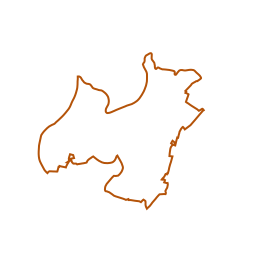 outline of Duy Tien, Hà Nam, Vietnam, rotated 221°
{"feature_id": "81297802B7902592700170", "entity_name": "Duy Tien", "entity_type": "district", "adm_level": 2, "iso_a3": "VNM", "parent_name": "Vietnam", "parent_adm1": "Hà Nam", "projection": "natural_earth1", "projection_center": [105.971, 20.625], "detail": "fine", "context": "isolated", "style": "outline", "palette": "amber", "viewbox_px": 256, "rotation_deg": 221, "n_neighbors": 0, "source": "geoboundaries", "source_scale": "gbopen_adm2", "svg_char_len": 5824}
<svg xmlns="http://www.w3.org/2000/svg" viewBox="0 0 256 256"><g transform="rotate(221 128 128)"><path d="M158.5,185.8L156.0,184.4L152.0,182.9L151.0,182.5L150.0,181.9L149.5,181.5L149.2,181.3L147.6,179.5L145.7,177.3L144.2,175.4L143.4,174.0L142.2,171.8L140.8,168.1L140.1,165.9L139.3,162.0L139.2,161.1L139.0,159.6L138.8,157.6L138.9,155.0L139.1,153.9L139.4,152.7L139.9,150.9L140.4,149.7L140.8,148.6L143.5,144.2L144.3,142.5L147.4,136.5L148.7,133.9L149.7,131.7L150.2,130.7L150.6,129.8L151.6,127.9L152.3,126.9L153.3,125.8L153.6,125.6L153.9,125.5L154.4,125.5L154.7,125.5L155.4,125.7L155.8,126.1L156.3,126.6L157.1,127.8L157.4,128.7L158.0,131.3L158.2,132.4L158.6,133.4L159.3,134.6L160.1,135.7L160.7,136.3L161.6,137.1L163.0,138.1L163.9,138.6L164.7,138.8L166.1,139.2L167.7,139.4L168.8,139.4L171.0,139.3L172.1,139.1L172.5,139.0L173.1,138.7L174.1,138.0L175.3,137.3L175.7,137.2L177.1,136.6L179.2,135.6L179.9,135.4L180.3,135.3L180.7,135.2L181.1,135.2L181.4,135.3L182.2,135.5L183.0,135.7L184.6,136.0L185.1,136.0L185.6,135.9L186.0,135.7L186.5,135.5L187.8,134.6L188.5,134.2L190.7,133.7L191.2,133.7L192.6,134.0L193.6,134.1L194.4,134.3L194.9,134.5L196.7,135.1L197.2,135.1L197.6,135.1L198.0,135.0L198.4,134.9L198.7,134.8L199.2,134.4L199.7,133.9L198.1,132.1L196.7,130.2L194.7,127.8L193.2,125.8L192.5,124.8L191.7,123.3L190.4,120.6L189.5,118.5L188.8,116.5L188.3,114.8L187.7,112.2L187.1,110.1L186.3,107.8L185.7,105.8L185.4,104.1L185.3,103.4L185.2,101.2L185.1,98.2L185.1,95.6L185.2,93.4L185.7,88.1L186.1,85.2L186.2,83.3L186.4,82.6L186.8,81.7L187.3,80.7L187.5,80.2L188.1,78.6L188.3,78.0L188.5,77.5L188.7,76.2L188.9,75.3L189.1,72.6L189.2,70.2L189.1,68.3L188.9,66.7L188.9,66.2L188.7,65.7L188.3,64.7L187.5,63.3L185.2,59.1L184.4,57.7L183.5,56.2L182.4,54.8L180.4,52.2L179.5,51.1L178.4,49.8L176.6,48.0L175.2,46.8L174.1,46.0L172.4,45.0L169.8,43.9L167.7,43.1L164.8,42.0L163.7,41.6L162.9,41.4L160.5,41.1L159.2,41.1L159.3,42.4L159.1,43.3L158.8,43.9L154.9,47.0L153.7,48.0L153.1,48.4L152.8,48.8L153.7,50.7L154.9,53.1L154.4,53.5L154.8,54.4L153.3,55.1L150.3,56.8L149.0,57.5L149.5,58.6L149.7,59.5L150.0,60.6L150.4,62.9L151.4,62.2L151.1,63.6L151.0,64.1L150.8,64.5L151.1,64.7L152.2,65.7L152.6,66.1L153.3,67.4L154.5,70.2L151.6,71.6L149.0,69.9L151.5,66.7L150.2,65.4L150.0,65.7L149.6,66.5L148.0,65.5L147.5,65.4L146.8,65.3L145.9,65.3L144.3,66.7L143.5,67.2L143.0,67.2L142.5,67.2L141.6,68.5L141.3,68.7L141.0,69.2L140.5,69.7L139.4,71.1L138.6,72.0L137.0,74.1L136.7,74.6L136.6,74.8L136.8,75.6L137.0,76.3L137.1,76.7L137.1,77.2L137.1,77.6L136.9,79.0L136.8,79.5L136.4,80.8L136.1,82.2L135.6,83.7L130.8,83.9L128.3,84.2L125.1,85.0L123.0,86.0L120.3,88.1L118.4,90.2L117.3,91.8L117.0,92.7L116.8,94.0L116.8,95.0L117.2,96.8L117.8,98.4L118.1,99.4L117.9,100.2L117.4,100.0L116.9,99.8L112.8,98.4L109.7,97.2L108.3,96.4L107.2,95.8L106.3,95.2L105.6,94.5L105.0,93.3L104.5,91.9L104.2,90.8L104.0,88.5L104.0,87.3L104.2,85.6L105.7,83.8L107.3,82.6L107.5,80.1L107.4,71.8L106.8,69.2L106.3,68.2L105.1,66.5L104.1,65.7L103.3,65.7L102.4,66.3L101.0,66.8L100.0,67.2L96.3,67.6L94.2,67.7L92.5,68.3L85.4,71.4L83.5,72.1L82.4,72.4L82.0,73.1L81.1,74.6L80.3,74.0L78.5,75.5L75.1,77.6L71.4,80.1L69.6,80.5L69.5,83.4L69.3,84.1L68.3,84.2L67.1,84.3L66.7,84.1L65.6,83.0L64.9,82.1L64.2,81.4L63.3,80.7L62.4,80.2L61.7,79.9L60.8,79.5L60.7,80.9L60.5,82.5L60.4,83.4L60.5,85.5L60.7,87.7L60.7,92.6L60.8,94.3L60.8,96.7L60.7,98.6L59.1,100.2L57.5,101.8L56.3,102.7L56.4,103.2L56.7,103.6L57.2,104.2L57.6,104.4L58.1,104.7L58.3,104.9L58.5,105.1L59.1,107.7L59.2,108.5L59.4,108.9L59.6,109.3L60.0,110.0L60.5,110.9L61.0,111.6L61.3,111.9L62.0,112.4L62.1,112.2L62.7,111.8L63.3,111.5L65.0,110.7L65.4,111.9L65.9,112.9L66.7,112.6L67.0,112.6L67.5,112.8L67.7,112.2L67.8,111.9L68.0,111.7L68.5,111.3L68.7,111.2L68.8,112.5L68.7,114.3L68.7,114.8L68.8,115.6L69.1,116.6L69.4,117.9L69.1,118.1L68.2,118.6L68.7,119.7L68.2,120.0L69.7,123.1L70.9,125.2L72.3,128.1L73.3,130.5L75.8,135.7L78.3,134.0L79.9,136.2L82.3,139.9L82.8,140.9L82.9,141.3L83.1,141.9L83.3,144.1L83.3,144.9L85.4,144.7L85.8,146.3L86.0,147.6L82.9,147.7L82.1,146.1L81.8,145.4L80.9,145.8L83.2,150.2L84.6,153.1L83.8,153.4L84.1,154.2L84.6,155.0L85.2,156.2L86.0,157.9L86.5,158.7L86.8,159.5L86.9,160.4L87.3,161.7L87.4,163.1L87.4,164.5L87.3,164.8L87.1,164.8L86.5,164.8L84.2,164.2L83.3,168.4L82.7,171.1L82.7,177.5L82.8,185.7L82.8,189.2L82.8,190.3L82.5,191.1L83.1,191.3L83.8,191.4L84.2,191.3L84.3,190.8L84.7,190.9L85.0,189.9L85.3,188.9L85.8,187.5L88.0,187.5L94.4,186.5L96.9,186.2L98.3,186.1L100.7,185.7L101.4,185.7L103.0,189.7L103.6,191.3L104.4,193.1L105.1,193.0L106.0,192.8L107.7,192.2L107.9,193.6L109.0,193.6L108.6,201.4L108.6,201.6L108.8,203.1L108.8,203.3L108.3,205.0L107.5,207.1L107.4,207.7L106.9,208.5L106.3,209.0L106.3,209.6L105.9,210.9L105.5,212.7L105.5,213.4L105.7,213.7L106.0,213.9L106.2,214.0L107.1,214.3L108.3,214.6L110.3,214.7L112.7,214.7L115.0,214.9L115.5,214.9L116.1,214.8L116.5,214.7L117.0,214.4L118.1,213.7L119.1,212.9L120.2,211.7L122.3,209.2L123.1,208.5L124.2,207.8L125.3,207.2L126.0,206.5L126.5,206.0L126.7,205.6L127.0,204.8L127.0,204.1L127.0,202.2L126.8,200.4L126.8,200.0L126.8,199.7L127.1,199.3L127.3,199.1L127.7,199.1L128.1,199.2L128.4,199.5L129.3,200.8L129.6,201.0L130.3,201.2L131.0,201.0L132.4,200.3L134.9,198.9L138.1,196.7L140.0,195.3L140.6,194.8L141.4,194.5L142.8,194.0L143.7,193.8L144.4,193.7L144.6,193.6L145.0,193.4L145.2,193.2L145.3,193.0L145.3,192.8L145.4,192.0L145.4,191.4L145.5,191.1L145.7,190.9L146.1,190.8L146.5,190.8L146.9,191.0L147.8,191.7L148.8,192.8L150.0,193.7L150.7,194.3L151.5,194.6L152.8,194.9L154.7,195.3L155.4,195.7L155.9,196.1L158.3,199.1L158.9,199.5L159.2,199.6L159.4,199.6L159.8,199.4L160.1,199.2L160.3,198.9L160.6,198.4L161.3,196.3L161.7,195.2L161.9,194.6L161.9,194.0L161.8,193.4L161.4,192.1L161.0,191.3L159.9,190.1L159.4,189.4L159.1,188.8L158.9,188.3L158.9,187.3L158.7,186.6L158.6,186.0L158.5,185.8Z" fill="none" stroke="#b45309" stroke-width="2"/></g></svg>